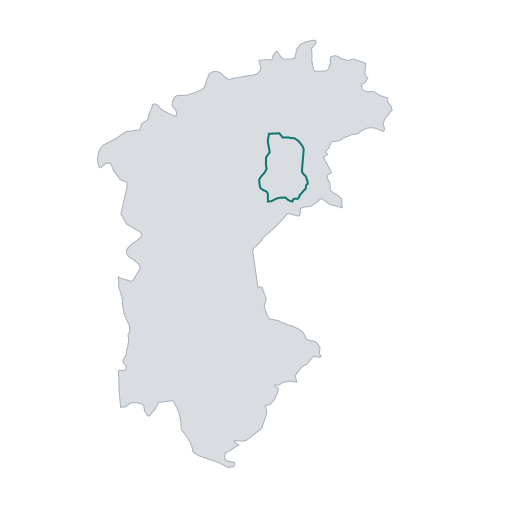 Kissidougou on a map of Guinea (Albers equal-area conic projection), rotated 262°
{"feature_id": "GIN-5644", "entity_name": "Kissidougou", "entity_type": "Prefecture", "adm_level": 1, "iso_a3": "GIN", "parent_name": "Guinea", "parent_adm1": "", "projection": "albers", "projection_center": [-10.045, 9.288], "detail": "fine", "context": "in_parent", "style": "outline", "palette": "teal", "viewbox_px": 512, "rotation_deg": 262, "n_neighbors": 0, "source": "natural_earth", "source_scale": "10m", "svg_char_len": 4740}
<svg xmlns="http://www.w3.org/2000/svg" viewBox="0 0 512 512"><g transform="rotate(262 256 256)"><path d="M315.8,339.3L311.5,338.7L309.5,339.5L303.8,346.2L300.4,348.9L295.0,348.0L293.1,348.5L291.7,347.7L293.7,344.0L296.4,336.7L303.4,329.3L303.6,327.8L300.7,323.5L297.7,317.6L297.7,311.3L297.2,306.7L291.0,305.4L289.8,304.6L289.7,303.1L293.2,295.2L293.4,293.7L293.0,292.2L289.2,288.2L283.3,280.8L273.1,265.4L269.3,262.2L265.7,257.5L264.3,254.6L260.5,253.5L224.9,253.5L224.3,257.5L212.0,260.1L204.4,257.0L196.0,258.7L191.9,260.7L188.7,269.6L186.9,271.5L185.1,275.5L183.4,277.7L181.6,282.1L177.5,288.3L173.3,292.3L166.1,294.5L163.8,301.1L162.2,303.5L159.4,305.4L156.4,306.6L150.6,305.3L147.3,306.5L146.8,304.8L148.7,299.6L147.2,296.9L141.7,291.4L141.2,288.8L139.5,285.4L132.2,278.3L125.3,278.7L127.3,272.8L127.2,265.0L125.0,260.8L125.6,256.4L124.3,256.7L122.0,259.7L118.3,258.7L110.8,254.0L107.1,249.4L106.7,245.6L105.9,244.1L103.6,244.9L98.9,244.8L84.7,237.8L74.7,220.6L74.5,216.7L76.1,210.1L75.7,208.3L71.0,212.7L70.2,209.7L66.7,202.8L65.7,198.8L62.3,197.0L59.6,196.7L57.4,198.0L54.5,206.0L52.4,205.9L50.3,204.1L50.8,198.2L56.4,190.8L65.9,172.0L69.2,167.7L71.3,166.2L75.7,166.1L84.2,163.7L94.6,157.9L102.6,158.5L112.0,157.9L124.3,154.0L124.5,141.3L124.1,138.5L119.8,135.9L117.3,133.7L115.2,130.8L112.5,128.8L112.6,126.7L118.1,124.1L123.1,124.1L124.7,123.1L126.0,121.3L127.4,116.8L128.0,112.0L124.8,105.5L125.0,100.9L142.9,101.7L152.8,103.1L160.8,103.5L162.1,104.6L160.9,109.0L161.9,111.6L164.7,112.4L169.2,109.3L171.5,110.0L176.5,113.9L181.2,115.0L186.3,117.1L191.1,118.3L195.4,118.2L198.6,120.4L204.6,121.1L212.3,118.4L218.4,117.2L226.9,117.0L231.4,117.9L244.4,115.8L254.6,117.0L253.0,118.6L248.3,128.7L248.8,130.5L259.2,139.1L261.6,139.7L264.5,138.6L269.0,134.6L272.5,130.3L275.9,128.3L279.8,128.4L283.0,131.4L290.4,144.2L292.2,145.8L294.0,145.7L297.3,143.4L298.9,140.6L305.8,132.2L316.4,128.0L341.6,137.7L345.3,138.4L347.5,137.7L350.6,132.0L360.1,127.1L364.6,125.8L367.2,125.6L368.2,124.0L368.7,121.7L368.2,119.3L365.2,115.0L365.1,113.7L366.8,112.9L370.4,112.3L375.1,112.7L380.4,114.5L384.7,117.2L387.1,120.4L391.9,133.8L397.2,144.4L397.1,158.5L399.4,159.9L402.0,160.5L403.2,161.6L405.8,167.4L408.3,169.1L411.2,169.5L416.7,173.2L420.2,174.6L420.7,175.7L420.6,177.3L419.2,179.3L413.9,183.2L411.3,186.5L406.0,194.5L405.9,196.0L407.0,197.1L409.2,197.3L411.6,196.7L416.5,193.8L420.4,194.8L424.2,197.0L425.6,199.3L425.9,202.4L425.1,206.3L425.0,210.7L426.3,218.2L428.3,225.6L430.2,228.3L442.8,234.8L444.0,237.3L444.6,240.1L443.8,243.9L442.5,246.0L435.7,251.9L434.6,254.6L435.2,259.8L435.8,281.7L438.5,285.4L441.8,287.2L449.3,286.1L449.1,292.2L448.1,299.0L452.6,301.1L454.8,303.2L456.0,305.1L449.1,308.8L447.1,310.9L446.2,316.6L446.4,321.8L455.8,325.5L459.5,329.9L461.1,334.4L461.7,343.1L460.9,345.0L458.5,345.1L453.7,339.9L446.4,339.3L441.0,338.4L432.0,339.1L430.5,340.7L429.5,352.1L431.7,354.1L436.0,356.2L438.8,357.1L441.2,356.8L443.0,358.2L443.4,362.0L442.2,364.8L439.8,367.3L436.9,374.0L437.5,380.0L432.5,389.7L431.1,391.6L424.3,389.7L419.9,389.1L416.7,391.6L412.3,387.8L411.5,384.9L409.9,384.3L407.0,384.3L404.3,386.0L403.1,389.0L402.5,395.2L397.6,401.1L394.1,408.4L390.1,407.8L389.2,408.7L385.0,410.6L381.3,411.1L380.3,409.2L378.2,407.6L375.8,404.5L373.1,402.0L367.9,400.2L365.9,401.0L363.4,400.8L361.8,399.8L362.0,398.3L364.7,394.5L366.3,391.0L367.1,387.2L367.1,383.5L365.6,378.4L363.3,374.3L362.7,371.9L363.0,368.6L362.5,365.4L361.7,363.8L360.6,357.8L359.2,356.8L358.5,352.0L358.7,347.1L356.7,345.3L353.5,343.9L351.7,342.0L350.5,339.9L349.4,339.3L348.4,339.4L347.5,340.7L346.5,341.0L344.6,336.5L343.9,336.3L342.6,337.3L328.0,342.4L326.2,338.1L323.4,337.3L318.6,339.1L315.8,339.3Z" fill="#d9dde1" stroke="#a8b0b8" stroke-width="1"/><path d="M334.1,272.2L337.6,276.3L341.0,278.7L345.3,278.5L350.0,279.4L350.5,279.4L352.2,279.7L352.4,279.7L356.8,284.0L368.3,283.6L375.2,285.9L374.3,296.1L369.7,298.9L368.8,305.0L368.0,306.7L367.3,310.4L364.0,314.1L358.4,317.3L357.0,317.7L355.5,318.0L354.5,318.0L344.5,315.7L335.1,313.6L332.8,313.3L332.2,313.5L329.3,315.2L328.9,315.7L328.5,316.0L327.7,316.4L326.8,316.7L322.3,317.4L321.0,317.4L320.3,317.3L320.2,317.2L319.7,316.1L319.1,315.6L318.3,315.2L316.0,314.7L315.5,314.5L315.4,314.3L315.2,314.0L315.2,313.7L310.1,307.7L309.3,307.4L307.2,305.9L307.0,305.6L306.9,305.3L307.4,301.7L307.2,301.1L306.9,300.8L304.9,299.6L305.9,297.2L307.4,295.2L309.7,293.5L310.4,288.2L309.9,283.6L308.9,281.2L308.1,278.7L308.3,275.4L315.4,276.3L315.9,276.3L316.5,276.2L317.5,275.8L318.0,275.5L318.3,275.2L318.9,274.6L320.1,272.6L321.5,270.9L322.2,270.3L322.4,270.1L322.6,270.0L323.2,269.8L324.1,269.6L326.9,269.5L330.0,269.6L330.5,269.7L332.1,270.4L334.1,272.2Z" fill="none" stroke="#0f766e" stroke-width="2"/></g></svg>